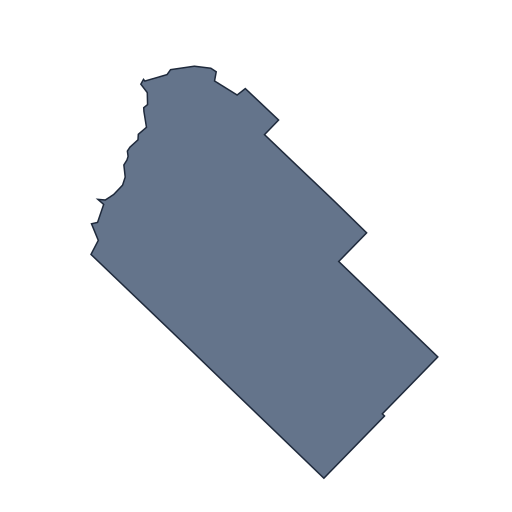 outline of Stearns, Minnesota, United States of America, rotated 224°
{"feature_id": "52423323B14024513602917", "entity_name": "Stearns", "entity_type": "district", "adm_level": 2, "iso_a3": "USA", "parent_name": "United States of America", "parent_adm1": "Minnesota", "projection": "robinson", "projection_center": [-94.368, 45.529], "detail": "fine", "context": "isolated", "style": "filled", "palette": "slate", "viewbox_px": 512, "rotation_deg": 224, "n_neighbors": 0, "source": "geoboundaries", "source_scale": "gbopen_adm2", "svg_char_len": 753}
<svg xmlns="http://www.w3.org/2000/svg" viewBox="0 0 512 512"><g transform="rotate(224 256 256)"><path d="M52.8,143.3L52.8,150.0L52.4,230.2L55.5,230.2L55.1,309.7L192.7,309.5L192.5,349.5L238.4,349.8L269.5,349.6L277.5,349.5L334.2,349.2L334.2,369.5L380.0,369.0L381.4,358.7L407.4,353.1L412.6,360.9L418.9,359.7L432.2,349.7L446.9,330.7L446.0,324.7L457.5,304.6L459.6,304.9L458.2,299.6L447.7,298.0L439.2,289.6L439.8,284.7L437.0,282.1L424.2,272.5L425.2,261.8L421.6,257.6L422.3,246.8L421.4,242.1L417.2,238.8L415.5,235.4L414.3,229.7L404.9,221.9L401.2,214.3L401.1,201.4L403.3,191.6L409.1,186.9L401.4,187.3L393.3,170.1L396.7,164.9L380.3,157.7L375.8,142.5L285.9,142.9L237.3,143.1L191.5,143.1L52.8,143.3Z" fill="#64748b" stroke="#1e293b" stroke-width="1.5"/></g></svg>